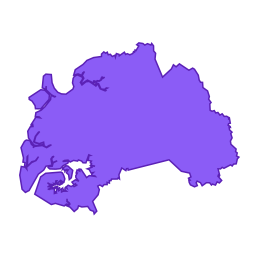 the district of Río de Jesús, Veraguas, Panama, rotated 88°
{"feature_id": "35544464B55951329462625", "entity_name": "Río de Jesús", "entity_type": "district", "adm_level": 2, "iso_a3": "PAN", "parent_name": "Panama", "parent_adm1": "Veraguas", "projection": "orthographic", "projection_center": [-81.142, 7.96], "detail": "fine", "context": "isolated", "style": "filled", "palette": "violet", "viewbox_px": 256, "rotation_deg": 88, "n_neighbors": 0, "source": "geoboundaries", "source_scale": "gbopen_adm2", "svg_char_len": 5924}
<svg xmlns="http://www.w3.org/2000/svg" viewBox="0 0 256 256"><g transform="rotate(88 128 128)"><path d="M85.0,51.9L84.8,53.9L82.5,55.2L77.7,55.9L71.6,59.5L70.4,61.3L72.4,65.1L65.7,74.4L68.5,77.8L66.4,80.4L70.5,82.6L78.4,91.7L60.1,98.6L54.3,97.8L51.8,99.7L46.8,99.6L44.3,101.4L45.9,102.2L44.4,105.6L45.7,108.3L44.1,110.1L43.3,114.2L45.1,116.4L46.4,114.4L50.9,117.3L50.3,118.2L52.4,118.8L51.9,119.8L53.7,120.6L54.9,123.6L53.7,126.2L54.4,127.8L52.1,129.0L55.5,134.2L54.1,134.4L53.2,137.0L56.7,138.1L54.8,138.5L56.0,141.2L53.7,143.1L54.1,145.2L51.5,146.1L52.5,147.7L51.1,149.5L53.2,151.9L55.6,152.0L56.4,159.9L59.0,166.7L62.9,170.7L67.9,178.7L73.2,180.4L72.2,176.0L73.7,172.4L71.3,171.3L70.1,169.5L73.8,171.9L76.7,170.4L81.0,173.2L82.1,172.6L78.7,166.9L81.7,161.0L79.8,160.6L79.8,159.6L80.7,158.2L79.6,157.2L79.9,155.3L78.7,153.2L77.3,153.1L76.3,152.1L76.3,151.6L77.3,151.3L76.4,149.5L77.7,151.5L76.6,152.2L79.0,153.0L80.3,155.2L79.9,156.9L81.1,158.0L80.4,160.1L84.3,158.7L82.3,157.6L82.6,155.9L88.1,153.6L88.6,150.0L87.2,148.3L87.4,147.2L88.8,149.9L89.8,148.8L90.1,149.5L87.9,154.4L82.7,156.8L84.9,158.6L80.1,165.2L80.3,168.3L83.4,172.5L80.8,174.0L77.6,171.7L75.7,171.7L73.1,176.9L74.6,179.9L76.5,181.1L81.0,181.9L84.7,180.7L87.2,181.7L92.0,188.8L91.6,193.3L89.8,197.0L85.6,200.3L80.1,202.3L71.9,202.8L71.3,208.2L73.3,210.7L84.9,212.3L86.4,208.9L83.2,208.3L87.0,208.4L92.1,203.4L94.1,200.0L93.8,198.8L94.4,200.3L92.6,203.8L96.9,204.4L103.9,210.3L107.2,214.2L109.4,219.5L113.5,220.3L113.7,216.5L114.8,215.4L114.0,219.7L121.5,224.9L122.4,224.7L121.3,223.1L123.2,222.9L123.4,225.6L127.7,228.3L134.5,227.8L141.9,222.5L142.5,219.1L141.4,212.7L139.6,213.4L140.8,217.6L139.3,221.8L138.5,222.7L133.1,220.9L129.1,217.7L128.5,216.4L133.0,220.4L138.7,222.2L140.5,217.2L139.2,212.8L142.9,212.4L144.3,210.1L142.7,207.6L142.1,205.1L144.8,210.0L142.5,214.3L143.2,222.4L144.5,223.4L142.9,222.9L141.0,225.1L137.1,226.5L136.5,230.1L137.7,231.9L143.9,235.6L154.3,233.5L158.4,234.2L159.0,232.1L162.5,232.8L162.5,230.6L153.2,229.8L152.6,229.2L162.8,229.9L158.3,225.3L157.6,221.8L153.5,218.4L157.3,221.0L159.2,225.6L163.8,230.8L165.5,230.6L163.7,231.9L162.7,236.0L171.3,237.8L185.5,236.0L188.8,232.8L187.0,229.0L171.0,219.2L167.1,213.7L163.3,211.3L162.5,205.2L156.3,206.1L154.1,204.5L153.7,202.9L155.9,205.4L159.9,204.6L158.3,199.9L160.2,204.0L163.6,205.1L163.8,209.0L164.7,209.3L166.2,207.6L166.6,201.7L166.3,197.0L163.4,194.2L161.0,189.3L159.5,188.8L158.9,189.7L159.2,194.5L158.2,192.5L158.0,189.0L160.0,187.0L158.5,183.6L159.3,179.5L158.2,178.7L159.4,175.5L161.2,174.2L161.4,171.3L153.4,168.1L154.1,166.7L154.2,168.0L159.0,169.0L159.8,165.7L161.4,166.9L162.3,165.7L163.8,166.5L165.0,162.3L164.7,166.6L166.0,165.5L167.4,170.1L168.2,168.2L171.6,166.5L171.3,164.2L172.9,165.9L174.4,165.6L174.7,162.8L175.3,162.3L174.2,168.4L176.1,171.1L167.6,176.4L167.2,179.0L167.8,177.7L168.7,177.7L167.5,179.1L169.1,178.3L168.1,180.3L171.1,181.4L171.3,180.3L174.0,181.9L175.8,181.8L179.5,179.0L177.9,182.3L180.1,185.9L182.8,184.0L182.0,182.5L183.1,182.6L183.1,180.6L184.7,184.0L183.6,185.0L184.5,186.9L183.1,189.8L184.7,191.7L186.0,191.2L185.0,192.4L185.9,193.1L187.8,193.0L189.0,191.7L188.9,195.8L190.2,196.9L185.9,195.7L188.3,199.4L186.7,199.8L185.2,197.9L186.0,201.1L188.9,201.7L189.3,202.8L190.4,201.8L190.9,203.9L183.9,203.5L186.1,204.7L186.1,207.0L185.3,207.1L187.1,208.8L185.8,208.1L186.7,210.4L185.4,207.8L184.1,207.8L184.8,206.3L183.4,207.4L183.5,206.4L182.3,206.6L184.3,210.5L182.1,207.3L181.2,209.0L179.9,210.4L181.5,207.9L182.2,203.0L180.9,203.9L181.7,200.9L180.1,202.3L178.3,201.9L178.3,200.9L179.9,201.9L181.1,201.1L178.0,197.0L179.7,195.0L179.4,193.8L176.7,192.9L172.8,194.0L170.5,195.2L169.7,197.0L170.4,211.9L173.8,217.0L190.9,223.5L201.8,207.3L200.8,203.2L203.7,194.5L201.9,192.2L202.5,189.3L201.2,189.3L199.3,191.6L196.6,191.4L199.1,191.3L200.8,189.2L202.0,188.7L203.0,189.7L202.3,192.0L203.3,192.6L205.0,188.8L209.6,184.7L206.8,181.1L204.1,180.2L205.3,176.9L205.0,171.0L208.8,168.5L210.1,165.3L212.7,164.8L210.0,162.1L200.1,165.9L193.7,160.2L188.6,158.8L185.0,160.3L184.0,158.1L185.6,155.6L183.7,153.8L183.8,150.8L181.6,150.8L182.4,148.5L180.0,148.5L180.0,146.8L178.5,146.3L178.6,140.3L177.6,139.6L178.6,138.3L174.4,138.7L167.8,135.6L170.5,131.6L168.6,130.9L168.5,129.5L170.1,129.3L161.2,88.1L173.1,76.2L175.2,68.0L179.1,66.8L180.3,69.3L182.2,67.9L182.2,69.0L184.6,68.7L187.0,67.6L189.1,63.6L188.0,60.7L185.1,61.8L183.5,60.8L185.2,57.5L188.3,55.9L185.4,51.5L185.6,48.3L187.9,46.6L187.0,45.6L188.1,42.6L185.0,40.8L186.1,38.6L183.7,36.2L179.3,39.8L178.4,39.4L179.6,38.6L178.7,38.0L171.9,39.4L172.1,36.9L170.6,35.3L171.6,33.5L168.4,26.8L169.6,25.2L167.8,23.8L167.6,21.1L162.7,19.8L161.0,18.2L159.8,20.5L156.7,19.7L155.4,21.3L152.8,20.7L147.9,25.7L144.6,26.1L141.5,24.3L137.1,25.5L135.8,24.2L133.4,26.6L130.8,26.9L131.0,25.6L130.1,25.8L128.6,27.9L127.2,27.3L126.8,25.6L121.7,26.3L122.3,27.1L120.9,27.1L119.7,29.0L119.8,31.4L117.1,33.4L118.3,35.7L115.6,37.6L116.0,39.8L113.6,41.2L114.2,43.4L113.2,45.3L106.8,45.4L105.4,44.1L102.0,46.4L99.4,45.6L93.7,47.2L90.2,51.7L85.0,51.9ZM105.5,219.8L105.8,214.5L96.6,205.9L92.1,205.4L87.4,209.8L86.7,213.8L94.0,225.8L96.0,225.7L97.8,222.9L102.4,220.1L105.5,219.8ZM175.8,186.4L168.4,184.7L163.9,189.4L163.6,191.2L165.8,194.6L166.9,194.9L166.1,194.1L168.3,193.0L167.2,190.5L168.2,190.3L167.9,189.3L170.5,191.2L172.6,189.0L177.5,188.5L175.8,186.4ZM185.5,202.3L183.6,199.8L184.4,202.8L185.5,202.3ZM182.5,197.9L180.7,195.0L180.5,196.4L181.5,196.4L180.7,198.0L181.5,197.0L181.6,198.4L182.5,197.9ZM187.7,194.5L188.8,194.7L188.6,194.0L187.7,194.5ZM181.6,200.2L182.0,199.5L180.9,199.8L181.6,200.2ZM179.3,197.7L180.0,197.7L179.6,197.3L179.3,197.7ZM178.6,197.1L179.2,197.1L179.2,195.8L178.6,197.1ZM182.2,205.8L182.8,205.1L182.7,204.6L182.4,204.8L182.2,205.8ZM168.8,192.2L168.5,191.9L168.4,192.1L168.8,192.2ZM184.1,205.9L184.6,206.0L184.8,205.5L184.1,205.9Z" fill="#8b5cf6" stroke="#5b21b6" stroke-width="1.5"/></g></svg>